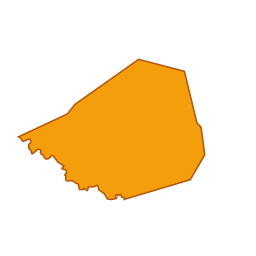 Candelaria, Lempira, Honduras (orthographic projection), rotated 128°
{"feature_id": "27666195B3501505273689", "entity_name": "Candelaria", "entity_type": "district", "adm_level": 2, "iso_a3": "HND", "parent_name": "Honduras", "parent_adm1": "Lempira", "projection": "orthographic", "projection_center": [-88.523, 14.054], "detail": "medium", "context": "isolated", "style": "filled", "palette": "amber", "viewbox_px": 256, "rotation_deg": 128, "n_neighbors": 0, "source": "geoboundaries", "source_scale": "gbopen_adm2", "svg_char_len": 1933}
<svg xmlns="http://www.w3.org/2000/svg" viewBox="0 0 256 256"><g transform="rotate(128 128 128)"><path d="M67.4,161.9L142.1,184.4L154.2,184.4L202.4,208.9L202.1,206.3L203.0,204.1L203.3,202.5L197.3,198.9L197.1,198.7L197.1,198.4L197.8,196.9L198.8,196.0L199.8,195.8L201.2,196.0L202.1,196.0L202.9,195.7L203.7,195.1L204.8,193.9L205.2,193.1L205.4,192.4L205.6,190.8L205.9,189.8L206.4,189.2L207.2,188.7L207.4,188.0L207.2,187.5L206.8,187.3L203.9,186.6L200.9,186.2L200.3,185.9L199.8,185.3L199.3,184.1L199.4,182.8L199.7,182.4L200.0,182.1L201.0,182.0L201.3,181.9L201.9,181.0L202.0,180.2L201.7,179.2L201.6,178.7L202.9,175.3L203.1,174.4L203.0,173.8L202.3,172.7L201.2,171.8L199.0,171.2L198.3,171.2L197.4,171.4L197.0,171.4L196.3,170.8L196.0,170.0L198.0,162.1L198.0,161.2L197.5,157.7L197.4,155.2L197.8,155.0L198.5,155.3L199.1,155.4L200.4,155.2L200.8,155.0L199.6,151.6L199.4,150.9L199.5,150.5L200.3,149.6L201.4,148.9L202.2,148.8L203.2,149.1L203.8,148.9L204.1,148.4L204.0,147.7L204.1,147.4L205.3,146.7L206.3,146.0L207.0,145.3L207.3,144.7L207.2,143.8L206.8,142.7L206.2,142.1L204.8,141.0L203.9,139.3L203.5,137.7L203.7,136.0L203.6,135.0L202.8,133.4L202.9,132.7L203.4,131.9L205.7,129.4L206.3,128.4L205.2,126.8L204.0,125.4L203.6,125.2L202.8,125.4L202.5,125.2L202.4,124.7L202.6,123.4L202.4,121.6L202.1,121.6L200.6,122.0L199.1,123.0L198.8,123.0L195.5,118.8L193.6,117.7L192.5,117.4L192.1,117.1L192.3,116.1L192.9,114.8L193.5,114.1L194.5,113.4L194.8,112.8L194.5,110.6L194.4,106.0L195.5,103.2L196.4,101.4L196.5,100.5L196.0,99.2L194.7,97.3L192.9,95.5L191.2,94.2L190.2,93.7L189.8,93.8L189.6,94.2L189.8,95.0L189.7,95.6L188.9,96.2L188.2,96.3L187.7,96.1L187.3,95.8L187.2,95.4L187.4,94.6L186.9,94.0L186.3,93.5L185.3,93.5L185.0,93.3L184.9,92.8L185.1,92.2L185.4,91.7L186.1,91.2L186.3,90.7L186.1,89.9L185.4,88.8L185.2,87.9L185.7,87.3L186.6,87.1L130.4,47.1L101.9,51.0L82.4,70.9L81.5,76.9L48.6,118.5L67.4,161.9Z" fill="#f59e0b" stroke="#b45309" stroke-width="1.5"/></g></svg>